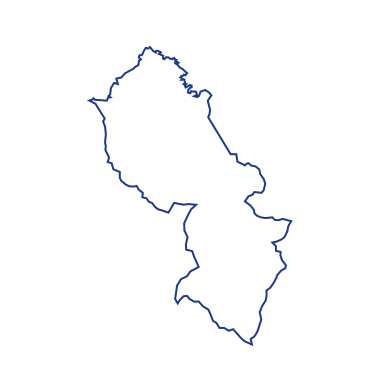 the district of Pano Pyrgos, Nicosia, Cyprus, rotated 305°
{"feature_id": "46923920B70201539019351", "entity_name": "Pano Pyrgos", "entity_type": "district", "adm_level": 2, "iso_a3": "CYP", "parent_name": "Cyprus", "parent_adm1": "Nicosia", "projection": "orthographic", "projection_center": [32.674, 35.131], "detail": "fine", "context": "isolated", "style": "outline", "palette": "blue", "viewbox_px": 384, "rotation_deg": 305, "n_neighbors": 0, "source": "geoboundaries", "source_scale": "gbopen_adm2", "svg_char_len": 3341}
<svg xmlns="http://www.w3.org/2000/svg" viewBox="0 0 384 384"><g transform="rotate(305 192 192)"><path d="M94.7,239.7L92.5,244.2L96.7,244.0L101.8,244.9L104.1,247.6L103.0,251.2L103.5,256.8L106.2,260.4L104.7,266.1L105.0,273.0L101.5,278.7L98.5,283.1L98.8,287.0L96.4,292.4L99.1,296.3L99.4,301.7L103.2,304.4L100.5,315.7L99.9,320.5L101.4,328.6L105.3,324.4L109.2,325.9L112.3,325.9L112.5,325.9L116.3,325.3L120.6,324.0L122.0,323.5L127.0,322.0L127.8,321.3L130.0,319.0L132.4,316.4L138.7,314.9L145.2,314.6L150.0,312.5L152.8,310.4L154.1,309.5L158.3,311.0L160.0,311.0L165.2,311.0L168.4,310.5L169.6,310.4L172.6,309.5L176.8,309.9L178.6,310.1L181.3,311.3L183.3,312.2L186.0,310.7L186.7,308.3L187.5,305.7L187.8,304.7L189.5,302.5L190.8,300.8L192.3,299.9L193.7,299.0L192.9,296.8L192.0,294.5L195.8,291.8L196.7,286.8L199.4,289.4L204.2,292.4L205.3,292.8L208.0,293.6L211.5,293.1L214.3,292.7L215.7,292.1L217.9,291.0L220.4,290.3L225.0,290.0L223.2,285.0L222.0,281.7L218.7,279.3L218.2,278.4L216.7,276.0L217.3,272.4L212.5,266.7L211.6,264.7L210.9,263.3L210.3,261.0L209.8,258.9L210.2,256.6L210.4,255.4L211.8,253.9L212.8,253.0L213.0,252.2L214.3,248.5L214.4,247.2L214.6,243.7L214.6,242.3L214.6,240.7L220.8,240.7L224.4,243.1L227.7,243.1L231.2,249.4L234.5,249.7L240.8,247.3L243.7,243.4L245.8,237.7L249.1,234.1L249.4,229.3L247.6,225.2L248.0,221.7L246.3,220.4L244.0,220.0L244.0,217.9L243.2,213.9L243.0,212.8L242.9,211.8L248.4,206.6L245.1,202.0L262.5,162.4L265.9,161.6L269.9,159.5L272.0,156.9L275.8,152.6L282.4,152.4L283.3,148.6L283.1,144.3L279.2,141.4L274.6,142.6L272.7,141.7L271.7,138.8L274.5,140.3L276.5,137.8L273.9,133.4L272.3,134.0L271.2,132.8L271.3,131.4L272.2,131.2L273.6,130.3L275.3,130.6L276.8,130.8L277.6,131.6L279.0,130.6L278.4,129.0L274.0,126.9L274.8,125.5L276.8,125.4L275.7,124.2L275.5,123.3L277.7,123.6L278.8,122.1L279.8,121.3L279.4,120.1L278.4,119.8L277.8,118.9L278.9,119.0L279.7,117.4L279.4,116.8L280.3,117.0L280.9,116.7L281.5,117.7L282.3,117.9L283.4,117.9L283.7,118.4L283.7,119.6L286.5,119.9L287.3,113.7L287.0,110.4L287.3,109.1L287.7,108.3L287.9,106.4L287.8,104.3L288.0,104.0L288.3,104.0L289.2,105.6L289.3,106.5L290.2,106.8L289.9,103.5L291.2,103.4L290.6,102.3L291.2,101.7L291.5,100.5L290.3,99.6L289.7,99.9L288.5,97.6L288.7,96.8L288.8,95.7L288.2,94.6L287.6,93.5L284.9,93.2L284.7,91.7L287.1,90.2L286.1,85.7L288.5,86.4L288.1,83.0L286.9,81.7L285.5,82.3L285.2,79.5L286.6,74.4L284.3,73.8L283.6,71.5L280.1,71.6L275.7,72.5L273.8,70.6L271.7,71.2L271.2,74.2L269.1,73.2L265.2,75.3L261.8,73.7L259.0,73.2L257.4,72.3L250.9,69.1L245.2,68.4L243.4,66.5L241.4,65.0L237.9,69.3L236.7,65.6L230.6,66.0L224.9,69.0L222.8,68.6L222.8,70.8L221.1,69.2L217.9,69.8L215.1,64.9L211.7,59.3L212.3,57.7L210.3,57.1L208.0,55.4L208.9,62.3L202.1,78.4L198.8,78.7L195.5,83.5L189.9,88.3L182.7,92.4L180.1,95.1L176.8,96.9L172.6,104.4L168.2,105.6L169.4,109.8L165.5,114.6L167.0,121.4L162.2,124.7L160.7,127.4L160.1,133.1L160.7,137.3L162.8,140.9L165.2,143.2L163.4,147.1L163.1,152.2L159.2,154.3L160.7,158.2L159.2,162.4L160.1,165.4L158.6,170.4L158.3,174.0L159.5,177.3L161.6,184.5L169.0,183.9L172.9,183.6L175.0,188.7L176.8,192.3L180.4,196.5L183.9,202.7L177.2,201.2L172.5,201.7L166.9,202.6L161.8,203.6L156.2,207.8L152.5,214.3L145.5,217.1L141.4,220.4L143.7,226.0L140.4,230.6L134.4,240.5L126.0,236.2L120.0,236.2L114.4,233.0L106.9,233.4L94.8,239.5L94.7,239.7Z" fill="none" stroke="#1e3a8a" stroke-width="2"/></g></svg>